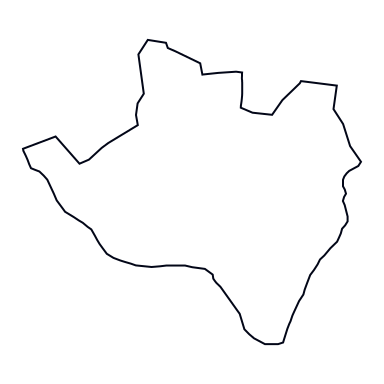 outline of Ibarapa Central, Oyo, Nigeria
{"feature_id": "59680162B68133263226567", "entity_name": "Ibarapa Central", "entity_type": "district", "adm_level": 2, "iso_a3": "NGA", "parent_name": "Nigeria", "parent_adm1": "Oyo", "projection": "equal_earth", "projection_center": [3.256, 7.422], "detail": "fine", "context": "isolated", "style": "outline", "palette": "ink", "viewbox_px": 384, "rotation_deg": 0, "n_neighbors": 0, "source": "geoboundaries", "source_scale": "gbopen_adm2", "svg_char_len": 1785}
<svg xmlns="http://www.w3.org/2000/svg" viewBox="0 0 384 384"><path d="M23.0,148.8L23.4,150.9L25.8,155.8L27.6,159.9L29.2,164.2L31.0,168.2L35.2,169.9L39.4,171.5L43.7,175.6L47.3,179.7L53.8,193.6L56.7,200.4L63.0,208.9L65.1,211.8L73.8,217.1L78.6,220.3L82.8,222.8L87.7,226.9L91.3,229.4L94.6,235.2L95.0,235.9L97.2,240.0L99.6,244.0L102.5,248.0L106.8,253.8L113.5,257.9L120.1,260.4L121.6,260.9L125.5,262.1L129.3,263.2L131.0,263.7L135.8,265.4L151.6,267.0L160.0,266.3L166.7,265.5L171.5,265.5L175.2,265.5L184.9,265.5L192.2,267.2L204.9,268.9L210.1,272.7L212.7,274.6L213.3,278.7L214.9,281.0L216.3,282.8L216.7,283.2L220.5,286.9L237.3,310.5L239.7,313.8L244.4,329.3L249.2,334.2L254.0,338.3L264.9,344.1L269.7,344.1L278.2,344.1L283.1,342.5L284.0,339.5L287.4,328.7L289.3,323.8L290.5,321.3L292.4,315.6L294.2,311.6L299.1,301.0L303.4,294.5L304.7,289.6L307.1,283.1L310.2,275.0L313.9,270.1L317.6,264.4L320.0,259.5L324.3,255.5L330.4,248.2L337.1,241.7L339.0,237.6L340.8,233.5L341.4,231.3L342.1,228.7L345.1,225.4L347.6,221.4L347.6,216.5L344.7,205.1L342.9,201.0L344.1,196.9L346.0,193.7L344.8,189.6L343.0,186.3L343.0,179.8L344.3,176.5L346.7,173.3L349.2,170.9L355.3,167.6L358.3,166.0L361.0,161.8L350.1,146.1L343.1,124.0L333.5,109.1L336.8,85.6L301.0,81.1L299.8,83.3L282.4,100.1L272.1,114.8L252.5,112.7L240.8,107.7L240.9,105.6L241.2,103.7L241.5,101.6L241.8,99.0L242.1,95.7L242.2,93.5L242.2,91.3L242.2,89.3L242.2,86.2L242.2,84.2L242.2,82.6L242.1,81.2L242.1,80.2L241.9,79.0L241.9,77.4L242.0,76.1L242.0,75.1L242.0,73.7L242.1,72.5L236.1,71.7L218.2,72.9L203.0,74.5L202.4,74.6L200.2,63.3L175.2,51.2L167.8,48.0L166.0,42.8L147.8,39.9L138.4,54.4L143.8,93.7L137.6,103.4L136.0,115.0L137.8,125.1L108.3,143.0L101.7,147.9L89.1,159.5L88.8,159.7L79.5,163.7L55.6,136.5L23.0,148.8Z" fill="none" stroke="#020617" stroke-width="2"/></svg>